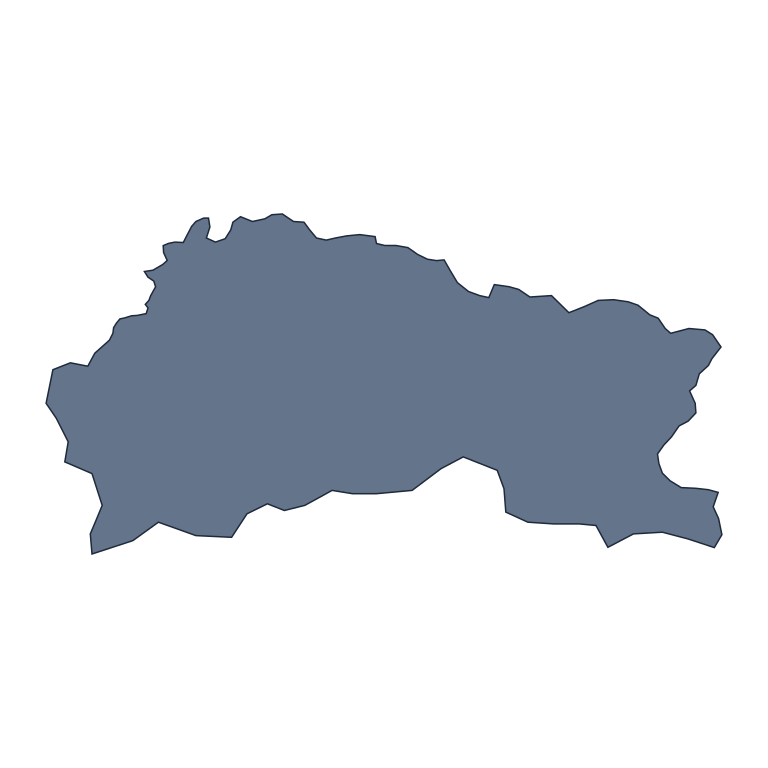 Lefkosia, Nicosia, Cyprus
{"feature_id": "46923920B2904001069887", "entity_name": "Lefkosia", "entity_type": "district", "adm_level": 2, "iso_a3": "CYP", "parent_name": "Cyprus", "parent_adm1": "Nicosia", "projection": "robinson", "projection_center": [33.406, 35.18], "detail": "fine", "context": "isolated", "style": "filled", "palette": "slate", "viewbox_px": 768, "rotation_deg": 0, "n_neighbors": 0, "source": "geoboundaries", "source_scale": "gbopen_adm2", "svg_char_len": 1859}
<svg xmlns="http://www.w3.org/2000/svg" viewBox="0 0 768 768"><path d="M52.9,369.7L46.1,403.3L56.3,418.3L68.2,441.8L64.8,461.9L92.0,473.6L102.2,505.4L95.7,521.1L90.3,533.9L92.0,554.0L132.9,540.6L158.4,522.2L195.9,535.6L231.6,537.3L247.0,513.8L267.4,503.8L284.4,510.5L304.8,505.4L332.1,490.4L352.5,493.7L376.4,493.7L412.1,490.4L441.1,468.6L463.2,456.9L497.2,470.3L504.0,488.7L505.8,512.1L527.9,522.2L553.4,523.9L579.0,523.9L596.0,525.5L607.9,547.3L633.5,533.9L662.4,532.2L687.9,538.9L714.3,547.6L721.9,534.7L718.6,518.6L713.2,506.8L718.2,492.4L708.4,489.7L695.9,488.3L681.2,487.6L670.1,480.8L662.4,473.2L658.9,463.6L657.5,454.0L663.8,445.1L671.5,436.9L679.1,425.9L688.2,421.1L695.9,412.9L695.2,403.3L689.6,390.9L695.9,385.4L699.3,373.8L708.4,365.5L711.9,358.7L721.0,347.0L712.6,334.7L704.9,329.9L688.9,328.5L670.7,333.3L665.2,328.5L658.2,318.2L649.8,314.8L638.0,305.2L628.2,301.8L613.6,299.7L598.2,300.4L584.3,306.6L568.9,312.7L551.5,295.6L529.9,297.0L518.7,289.4L509.0,286.7L494.3,284.6L488.8,297.6L479.7,295.6L468.5,291.5L457.4,282.6L450.4,270.9L444.1,259.9L436.5,260.6L427.4,259.2L417.6,254.4L407.9,247.6L396.0,245.5L384.9,245.5L376.5,243.5L375.1,236.6L359.8,234.6L346.5,235.9L335.4,238.0L326.3,240.1L316.5,238.0L309.6,229.8L304.0,222.2L293.5,221.5L282.4,214.0L271.9,214.7L264.9,218.8L252.4,221.5L240.5,216.7L232.9,222.2L230.8,229.8L225.2,238.7L215.4,242.1L206.4,238.0L209.9,227.0L208.5,218.1L203.6,218.1L195.9,221.5L191.7,226.3L186.4,236.4L183.3,242.5L174.8,242.1L168.5,243.4L163.2,245.6L163.6,252.6L167.2,260.5L162.7,264.5L152.9,270.2L144.4,271.5L148.0,277.2L153.8,281.1L155.6,286.8L150.7,295.6L148.9,300.4L145.3,304.4L148.0,307.9L146.2,313.6L137.3,315.4L131.5,315.8L124.4,318.0L119.9,318.9L116.3,323.3L113.6,327.7L112.9,333.3L109.4,340.2L102.2,346.6L94.8,353.2L87.8,366.2L70.4,362.8L52.9,369.7Z" fill="#64748b" stroke="#1e293b" stroke-width="1.5"/></svg>